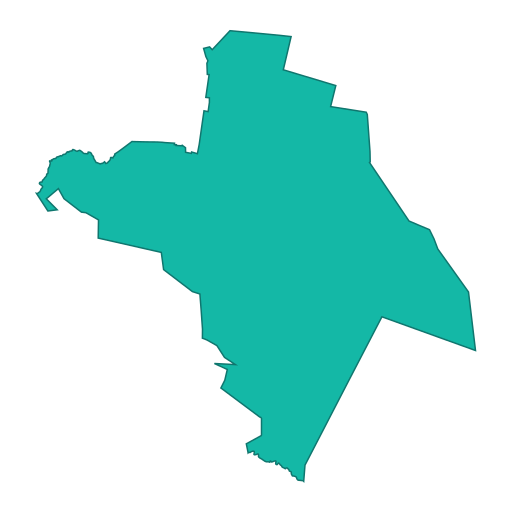 Viesca, Coahuila, Mexico
{"feature_id": "50627088B90788321268569", "entity_name": "Viesca", "entity_type": "district", "adm_level": 2, "iso_a3": "MEX", "parent_name": "Mexico", "parent_adm1": "Coahuila", "projection": "natural_earth1", "projection_center": [-102.997, 25.187], "detail": "fine", "context": "isolated", "style": "filled", "palette": "teal", "viewbox_px": 512, "rotation_deg": 0, "n_neighbors": 0, "source": "geoboundaries", "source_scale": "gbopen_adm2", "svg_char_len": 5317}
<svg xmlns="http://www.w3.org/2000/svg" viewBox="0 0 512 512"><path d="M248.1,452.9L248.3,452.7L248.5,452.6L248.9,452.4L249.2,452.4L249.8,452.5L250.0,452.5L251.3,451.7L251.8,451.5L252.3,451.3L252.5,451.2L252.9,451.2L253.6,451.2L253.8,451.2L254.0,451.4L254.2,451.5L254.3,451.9L254.3,452.3L254.1,453.5L254.0,454.0L254.0,454.4L254.0,454.5L254.3,454.7L254.5,454.8L254.8,454.8L255.0,454.8L256.6,454.4L257.5,454.0L257.9,453.9L258.1,454.0L258.3,454.2L258.4,454.4L258.5,454.7L258.5,455.4L258.5,456.6L258.6,456.8L258.7,457.0L259.5,457.7L260.0,458.1L261.7,459.0L262.6,459.7L263.9,460.5L264.6,461.1L264.9,461.2L265.5,461.4L265.8,461.6L266.2,461.8L266.5,461.8L267.9,461.8L268.4,461.8L269.5,462.1L269.8,462.2L270.0,461.9L270.1,461.6L270.1,461.4L270.1,461.2L270.3,461.0L270.5,461.0L270.9,461.2L271.5,461.9L271.6,462.0L271.9,462.0L272.3,461.8L273.0,461.6L274.0,461.2L274.6,461.0L275.3,460.9L275.5,460.9L275.8,461.0L276.0,461.5L275.7,463.1L275.7,463.4L275.7,463.6L275.8,463.9L275.9,464.2L276.1,464.3L276.3,464.5L276.5,464.6L276.9,464.6L277.1,464.6L277.5,464.1L278.5,463.1L278.8,463.1L279.2,463.5L280.4,465.0L280.5,465.1L280.9,465.3L281.2,465.5L281.8,466.4L282.1,467.0L283.3,467.7L283.9,467.9L284.4,468.2L285.0,468.6L285.3,468.7L285.5,468.7L285.9,468.2L286.0,468.1L286.7,467.9L287.0,468.0L287.3,468.1L287.5,468.3L287.8,468.7L288.1,468.9L288.4,469.1L288.6,469.3L289.0,469.9L289.1,470.5L289.2,470.8L289.4,471.0L289.5,471.1L289.8,471.2L290.4,471.5L290.8,471.6L291.0,471.8L291.1,472.0L291.3,472.3L291.3,473.3L291.3,473.8L291.4,474.1L291.6,474.4L292.3,475.8L292.5,475.9L292.7,476.0L293.5,476.0L294.4,476.2L295.4,476.5L295.8,476.7L296.3,477.2L296.5,477.7L296.6,477.9L296.8,478.6L297.1,479.2L297.7,479.9L298.1,480.1L299.0,480.3L299.8,480.3L300.3,480.3L300.5,480.4L300.9,480.5L302.3,480.6L302.8,480.7L303.1,480.8L303.4,481.0L303.7,481.3L305.0,465.1L349.1,379.9L381.9,316.8L475.5,350.5L468.5,292.0L437.8,249.0L434.0,238.9L429.5,229.7L418.8,225.2L409.0,221.0L369.5,162.5L370.2,161.9L370.0,151.6L367.3,114.5L366.2,112.2L330.6,106.6L335.8,85.6L283.3,69.8L291.1,36.6L279.3,35.3L250.9,32.6L230.0,30.7L212.2,49.7L209.6,46.9L203.6,48.4L205.9,56.6L207.9,60.7L207.2,62.8L206.9,63.1L207.3,74.4L209.1,74.6L205.8,97.4L209.4,97.8L209.4,102.5L208.1,111.6L204.0,110.8L202.1,124.0L200.1,138.1L199.2,144.5L197.4,153.7L191.6,152.0L191.3,153.4L185.6,152.3L185.5,147.7L182.5,145.5L182.5,145.8L176.1,145.5L176.3,144.7L174.3,144.6L174.5,143.2L165.0,142.6L162.4,142.3L157.0,142.0L146.6,141.9L133.4,141.6L132.0,141.5L123.1,148.2L118.3,151.7L114.7,154.1L114.7,155.5L113.6,156.4L112.9,157.9L111.0,157.4L110.6,157.7L110.6,158.1L110.3,159.4L110.0,160.0L109.7,160.5L109.4,160.9L109.1,161.1L108.4,161.7L107.5,162.9L105.8,163.5L104.6,161.8L104.1,162.2L102.4,163.4L102.2,163.4L101.9,163.4L101.7,163.4L101.1,163.5L100.8,163.7L100.7,163.8L100.1,163.9L99.9,163.8L97.9,163.0L96.9,162.6L96.3,162.6L96.2,162.6L95.9,162.1L95.5,161.4L93.8,158.5L93.6,158.2L93.5,157.9L93.6,157.2L93.4,156.6L92.7,155.6L92.3,155.3L92.0,155.0L91.5,153.8L91.3,153.4L91.1,153.1L90.2,152.4L89.9,152.3L89.5,152.2L88.8,152.2L88.6,152.1L88.2,152.1L88.0,152.3L88.0,152.5L88.0,153.0L88.0,153.4L88.0,153.5L87.9,153.6L87.6,153.7L87.4,153.8L86.6,153.7L85.5,153.6L84.0,153.5L83.5,153.3L82.1,151.9L81.8,151.7L80.8,150.9L79.8,150.3L79.6,150.3L78.8,150.6L78.0,150.8L77.8,150.9L77.5,151.2L77.1,151.3L76.9,151.3L76.6,151.2L75.6,150.7L75.2,150.4L74.7,150.2L73.7,149.7L73.3,149.6L72.9,149.5L72.7,149.6L72.5,149.8L72.2,150.6L72.1,150.8L71.9,150.9L71.7,150.9L71.2,150.9L70.9,151.0L70.4,151.1L69.4,151.4L69.0,151.7L68.9,151.7L68.8,152.1L68.7,152.1L68.4,152.2L68.1,152.1L67.9,152.1L67.9,151.9L67.6,151.8L67.4,151.9L67.2,151.9L66.3,153.0L66.1,153.2L66.0,153.5L65.8,153.7L65.5,154.0L65.0,154.2L64.8,154.2L64.1,154.3L63.2,154.5L62.9,154.8L62.2,155.5L61.9,155.8L61.7,155.9L61.4,155.9L61.2,155.9L60.7,155.7L60.3,155.8L59.2,156.3L58.6,156.5L58.2,156.8L57.4,156.8L57.1,156.9L56.9,157.0L56.7,157.2L56.3,157.6L56.2,157.9L55.9,158.3L55.7,158.5L54.8,158.6L54.1,158.7L53.8,158.8L53.5,158.9L53.0,159.3L52.5,159.5L51.5,160.0L51.6,160.3L51.9,160.7L51.9,160.8L51.6,161.0L51.4,161.0L50.5,161.0L49.9,160.8L49.7,160.9L49.6,161.0L49.6,161.5L50.2,162.8L50.2,163.1L50.2,163.7L50.1,164.1L50.0,164.6L49.8,165.0L49.7,165.8L49.6,166.2L49.5,166.5L49.2,167.1L48.8,167.6L48.6,168.1L48.3,168.6L48.1,169.2L48.1,169.6L48.1,170.9L48.0,171.9L48.0,172.7L48.0,172.9L47.7,173.6L47.2,173.8L46.9,174.0L46.7,174.2L46.7,174.6L46.6,175.0L46.5,175.6L46.4,176.0L46.0,176.5L45.4,177.2L44.7,177.9L44.3,178.4L44.1,178.8L43.5,179.5L42.8,180.1L42.6,180.2L42.2,181.5L42.1,181.9L42.0,182.0L41.9,182.1L40.8,182.1L40.2,182.2L39.7,182.6L39.4,183.2L39.4,183.5L39.5,183.8L39.8,184.1L41.7,185.5L42.3,186.1L42.5,186.4L42.6,186.7L42.6,187.0L42.2,187.9L41.9,188.2L41.5,188.6L41.2,189.0L40.9,189.5L40.6,190.4L40.0,191.5L39.8,191.8L39.5,192.0L38.7,192.5L38.3,192.9L38.1,193.0L37.6,193.3L37.2,193.5L36.9,193.5L36.5,193.4L36.8,193.9L47.9,211.0L57.2,209.8L46.3,198.8L58.4,188.6L64.0,198.7L81.5,212.2L81.9,212.2L85.9,212.7L98.5,219.9L98.2,238.1L161.3,252.4L163.6,269.6L192.4,291.6L199.9,294.0L201.2,310.8L202.5,329.2L202.4,338.2L204.1,338.8L207.0,340.0L216.9,345.6L224.5,357.4L235.4,364.6L214.4,363.5L227.3,369.5L224.8,380.2L220.9,388.0L259.7,417.0L260.8,417.4L261.5,418.4L261.5,435.0L261.1,435.7L246.3,443.8L247.9,451.7L248.1,452.9Z" fill="#14b8a6" stroke="#0f766e" stroke-width="1.5"/></svg>